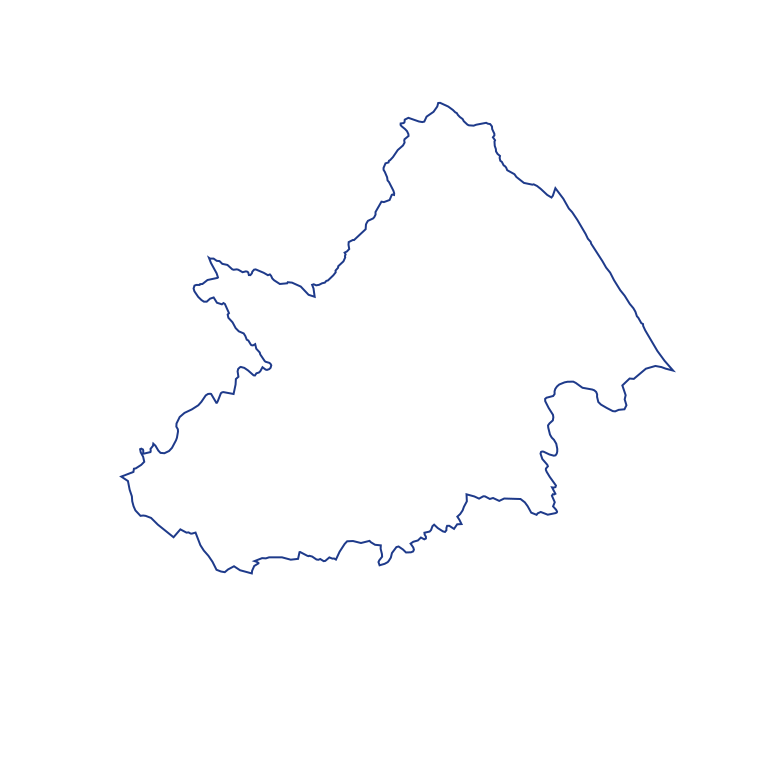 outline of Vohipeno, Vatovavy-Fitovinany, Madagascar, rotated 313°
{"feature_id": "10022922B81120329184352", "entity_name": "Vohipeno", "entity_type": "district", "adm_level": 2, "iso_a3": "MDG", "parent_name": "Madagascar", "parent_adm1": "Vatovavy-Fitovinany", "projection": "equal_earth", "projection_center": [47.681, -22.341], "detail": "fine", "context": "isolated", "style": "outline", "palette": "blue", "viewbox_px": 768, "rotation_deg": 313, "n_neighbors": 0, "source": "geoboundaries", "source_scale": "gbopen_adm2", "svg_char_len": 6166}
<svg xmlns="http://www.w3.org/2000/svg" viewBox="0 0 768 768"><g transform="rotate(313 384 384)"><path d="M356.9,170.0L354.5,174.9L350.8,186.1L348.7,189.9L348.1,189.9L339.7,184.0L333.3,183.0L331.6,181.4L330.7,181.6L328.4,179.1L326.7,178.3L324.0,179.6L322.5,182.1L321.0,188.7L320.9,193.3L321.4,196.1L323.3,198.2L327.8,198.6L331.1,200.4L329.5,206.4L331.7,211.1L333.7,211.4L334.0,213.1L330.1,222.3L328.2,222.3L326.3,225.0L325.8,231.2L323.7,237.4L323.5,241.9L325.3,246.9L324.5,249.9L322.8,253.4L323.3,255.1L321.9,260.0L322.3,261.2L323.2,262.0L325.3,262.6L322.7,266.5L322.3,271.6L321.2,273.4L319.4,281.2L319.5,282.2L321.3,285.8L321.3,287.4L320.8,288.8L318.5,290.0L316.6,289.9L314.5,288.8L313.8,287.6L313.4,283.7L309.0,284.8L307.1,284.7L304.8,283.4L302.2,283.8L301.4,282.7L301.2,275.3L300.5,270.8L298.8,267.6L297.8,267.2L295.5,267.1L293.4,268.3L290.0,272.6L286.6,272.3L282.4,275.8L274.1,280.8L268.5,272.0L267.5,271.3L266.0,271.0L258.2,274.1L256.4,274.6L255.9,274.2L258.8,264.4L258.3,263.5L256.7,262.1L254.1,261.4L246.4,262.6L241.8,262.7L234.4,260.8L226.8,257.8L220.5,257.1L213.6,259.2L211.2,261.2L210.3,264.1L208.7,265.8L203.5,269.2L200.9,270.3L192.7,272.5L188.4,272.5L183.6,270.6L181.2,267.5L181.4,264.3L183.0,258.9L183.0,256.0L181.2,257.2L177.3,257.5L175.9,259.1L174.9,259.6L169.2,255.8L169.1,255.1L171.0,253.5L171.7,252.4L171.2,250.6L170.0,250.1L168.1,252.7L166.5,257.5L163.6,261.7L159.3,261.6L153.0,260.0L151.5,258.9L148.8,260.7L137.1,255.0L138.4,262.9L133.2,270.1L129.9,276.2L126.5,279.9L123.8,284.2L122.0,288.4L121.5,295.8L123.6,297.6L125.0,299.6L127.2,305.0L126.9,314.5L128.4,334.6L138.8,334.2L140.6,340.9L142.2,342.3L142.7,344.5L143.5,345.5L146.8,347.5L140.9,359.6L139.3,365.8L138.6,372.8L137.0,379.8L133.9,388.2L135.7,392.7L137.8,395.9L142.0,396.4L148.4,398.6L149.6,405.7L155.3,416.5L157.5,414.9L162.4,413.2L167.2,414.5L167.5,414.2L167.2,412.3L166.2,410.1L173.5,413.6L175.9,416.5L178.9,418.2L187.6,427.5L191.9,435.6L197.5,440.4L203.4,436.9L203.9,437.2L206.1,445.2L206.7,446.3L207.4,446.5L208.8,449.1L209.6,454.3L210.7,455.9L212.5,456.7L213.3,460.7L214.6,461.7L219.9,462.3L221.1,465.3L222.4,466.6L222.8,468.6L231.1,465.9L240.2,464.3L243.8,464.3L248.0,468.4L252.0,475.6L259.4,480.4L259.3,482.2L260.3,487.1L263.8,491.7L261.2,493.9L258.2,498.5L256.4,500.4L251.8,500.8L250.0,501.4L248.4,504.4L252.9,507.1L256.2,508.2L258.1,508.1L261.7,507.4L265.8,505.1L273.2,504.3L275.1,505.5L275.9,510.7L275.8,515.0L279.3,518.5L281.4,519.5L283.2,518.9L284.4,516.9L285.4,512.3L288.6,513.0L292.7,515.5L296.9,515.7L297.9,519.4L299.6,520.0L300.9,518.8L301.6,516.4L302.8,515.0L307.2,518.0L309.3,518.0L313.1,516.4L315.3,516.6L315.3,521.6L316.4,527.6L317.4,529.5L319.5,529.4L321.5,527.7L323.3,526.9L324.8,528.4L325.8,534.0L331.3,533.2L334.4,536.2L336.1,531.8L337.0,528.1L340.8,528.4L345.2,527.7L348.7,526.2L354.7,524.6L359.6,519.6L363.4,526.8L365.0,531.7L369.6,533.2L370.7,534.5L372.1,539.8L375.0,541.5L377.1,548.0L382.2,550.0L393.0,562.3L393.5,567.7L392.6,572.4L390.3,579.4L392.4,584.8L394.2,584.6L397.3,585.9L400.1,592.9L406.7,597.6L408.0,598.0L408.7,597.6L409.4,595.6L409.8,591.1L414.0,589.5L416.8,583.0L418.6,582.7L419.2,583.7L420.6,584.2L423.0,577.4L424.0,578.8L425.5,579.7L427.0,579.0L429.1,568.6L430.7,562.9L431.6,560.9L432.6,560.1L435.6,560.0L436.3,558.5L437.1,551.0L439.8,546.0L441.4,545.2L442.5,545.7L443.3,546.8L445.3,553.1L447.4,557.1L448.8,558.1L450.9,557.8L452.7,556.8L454.7,555.0L457.8,550.7L459.1,546.3L459.2,543.2L460.2,539.9L464.1,533.9L465.6,532.2L468.1,531.9L472.5,532.3L475.1,530.6L476.7,528.6L478.8,520.7L481.4,513.6L483.0,512.0L484.8,512.2L490.6,515.9L493.0,515.6L495.0,513.7L497.3,512.6L500.2,512.2L503.1,512.5L508.3,514.9L510.8,516.7L514.8,520.8L515.6,523.6L516.6,531.7L522.0,540.1L522.8,542.1L522.9,544.6L521.8,546.9L519.9,548.6L517.0,553.0L516.9,556.7L518.4,563.3L520.2,569.8L521.6,571.7L525.2,573.3L529.5,577.1L533.8,575.8L536.9,570.5L540.6,568.4L545.5,559.3L555.5,559.9L558.1,563.2L573.8,565.1L582.3,570.2L585.6,575.4L587.3,579.5L591.0,586.3L592.3,573.4L594.6,561.4L601.4,538.4L603.2,534.0L604.5,532.5L604.0,530.7L605.9,524.7L606.0,522.8L608.3,518.6L609.5,514.7L610.2,509.1L612.7,499.8L613.7,492.9L616.8,481.4L619.7,473.4L620.6,467.1L622.8,460.0L627.9,439.8L628.9,438.2L629.3,434.0L631.2,429.2L635.9,413.4L638.0,404.4L638.4,399.5L641.8,388.8L644.1,375.8L636.8,379.1L634.6,379.3L633.6,374.4L633.6,365.9L633.2,360.9L632.1,357.3L631.0,356.6L626.5,349.2L625.7,339.7L626.4,336.3L624.4,328.3L625.6,325.7L625.8,323.9L625.5,322.4L626.8,318.8L626.6,316.8L628.2,314.4L629.9,313.3L629.7,310.2L630.5,307.3L632.1,305.6L633.7,302.6L636.6,299.5L638.0,299.0L638.7,295.4L641.1,295.2L642.3,294.0L644.2,289.3L646.0,287.3L646.5,284.4L645.2,282.4L644.7,280.6L636.5,274.6L634.1,273.4L631.1,269.7L630.6,268.2L630.6,263.1L631.4,260.8L631.0,257.2L631.2,254.4L631.8,252.4L631.3,251.0L631.4,247.5L630.7,241.7L627.9,233.3L626.5,232.0L623.3,233.7L616.8,234.6L608.6,232.8L603.4,234.5L601.7,233.4L599.8,230.5L595.3,220.3L591.5,218.9L589.3,220.5L588.2,220.4L585.9,218.5L584.8,219.4L584.5,220.9L584.8,225.6L584.6,228.4L583.4,231.4L582.1,232.8L577.0,232.1L575.8,232.8L574.6,234.4L571.4,235.2L564.5,234.5L556.0,235.8L551.8,235.8L550.7,235.4L549.1,236.2L546.4,234.6L541.7,236.3L540.3,237.7L539.7,239.9L537.3,245.3L535.3,247.8L535.1,249.9L531.8,259.0L530.4,261.4L529.1,262.4L528.3,260.9L527.6,260.7L522.4,262.6L517.0,259.9L515.6,257.8L504.0,260.5L502.1,262.3L499.3,263.1L497.6,263.1L492.4,261.0L490.3,261.4L488.4,262.0L484.7,265.0L468.8,263.9L468.1,263.0L463.7,261.4L461.6,263.1L459.0,266.5L455.7,266.5L453.2,265.6L452.6,267.5L450.9,268.2L450.1,269.3L446.0,270.7L438.9,270.2L437.7,271.1L433.9,271.2L432.7,272.5L428.9,272.8L421.5,272.4L420.1,271.5L417.8,271.6L415.4,270.0L412.3,268.9L409.9,267.1L409.0,264.6L407.5,263.8L405.8,267.3L400.5,273.8L397.8,268.0L398.5,256.7L395.4,247.6L392.8,244.2L391.6,244.5L386.1,239.6L384.9,232.8L385.0,230.3L386.1,227.7L386.3,225.8L384.4,224.9L383.3,220.2L380.3,212.0L379.0,211.0L376.3,211.1L374.8,211.9L372.5,212.0L371.5,210.9L373.0,208.6L372.9,207.4L372.2,206.2L369.3,204.3L368.2,199.5L367.4,198.1L365.0,196.1L364.4,194.8L364.3,188.3L361.6,183.8L361.7,179.9L360.0,177.6L359.5,173.9L357.1,171.3L356.9,170.0Z" fill="none" stroke="#1e3a8a" stroke-width="2"/></g></svg>